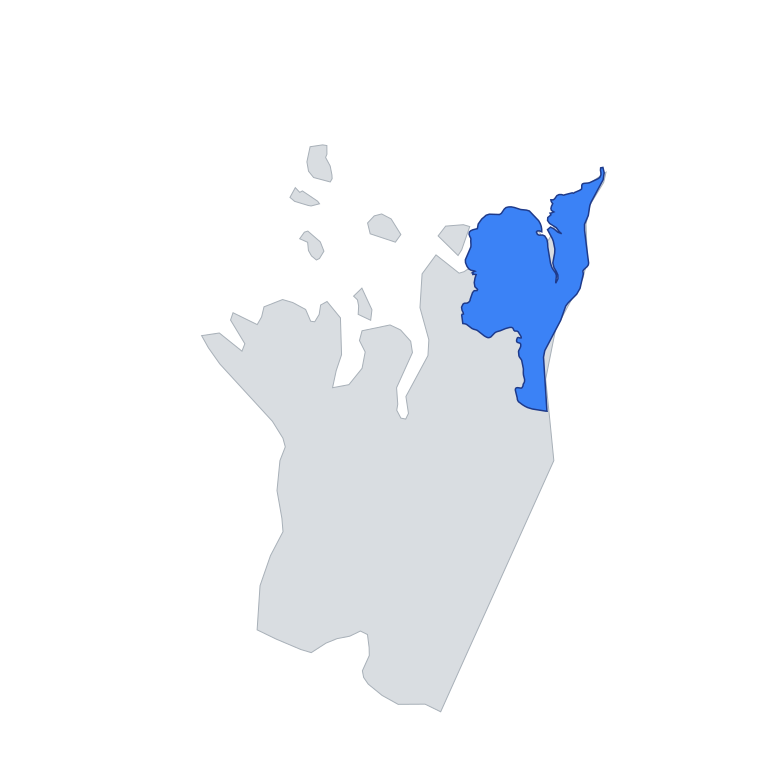 Cacheu highlighted on a map of Guinea-Bissau, rotated 114°
{"feature_id": "GNB-771", "entity_name": "Cacheu", "entity_type": "Region", "adm_level": 1, "iso_a3": "GNB", "parent_name": "Guinea-Bissau", "parent_adm1": "", "projection": "robinson", "projection_center": [-16.012, 12.221], "detail": "fine", "context": "in_parent", "style": "filled", "palette": "blue", "viewbox_px": 768, "rotation_deg": 114, "n_neighbors": 0, "source": "natural_earth", "source_scale": "10m", "svg_char_len": 5085}
<svg xmlns="http://www.w3.org/2000/svg" viewBox="0 0 768 768"><g transform="rotate(114 384 384)"><path d="M100.2,267.3L110.5,265.3L136.0,268.6L155.7,264.5L169.6,257.7L188.6,248.3L206.8,245.3L264.1,249.5L313.8,238.3L350.8,217.1L384.9,197.7L429.1,197.9L476.5,198.1L543.9,198.4L597.4,198.7L660.4,198.9L659.8,216.3L670.9,240.8L669.3,259.0L664.6,276.3L660.4,283.2L654.8,287.1L638.0,287.0L630.8,290.4L619.6,297.2L619.3,305.1L628.3,312.7L635.7,323.3L644.3,331.6L659.0,341.2L660.4,351.9L660.9,378.8L660.2,399.9L618.7,415.2L587.0,417.9L560.0,416.2L548.3,422.6L524.9,438.4L496.3,447.9L481.6,448.6L474.6,454.3L463.5,470.7L432.5,542.1L422.3,559.2L414.0,570.3L404.4,555.2L411.8,527.1L403.8,527.5L388.0,550.2L380.3,550.9L381.3,524.0L372.5,523.1L362.3,525.0L348.1,511.0L346.7,500.5L347.8,485.9L356.5,476.5L355.3,472.6L346.9,471.5L337.6,474.0L331.8,469.6L341.3,450.7L374.5,434.7L391.2,433.1L408.3,429.5L398.9,415.8L378.6,410.4L362.4,414.2L354.3,424.1L344.3,425.7L327.6,402.5L327.9,390.8L334.1,377.0L343.7,370.8L382.3,371.0L396.9,363.2L402.8,361.7L408.3,354.7L407.2,349.9L400.9,349.7L386.5,358.9L340.2,355.4L325.4,361.0L299.6,382.2L267.9,394.0L244.9,389.0L252.2,360.5L248.9,356.6L241.7,352.0L207.9,361.0L182.4,348.0L172.3,332.3L174.0,312.5L186.1,299.2L188.0,292.5L175.2,291.3L151.8,299.6L100.2,267.3ZM212.4,544.8L197.3,548.0L190.5,537.3L189.4,533.2L197.3,529.6L200.8,529.5L206.8,521.8L214.2,516.6L217.5,514.9L221.3,515.3L224.0,532.3L220.3,539.5L212.4,544.8ZM252.4,457.7L243.6,464.5L234.4,461.3L229.6,455.3L230.3,444.6L240.6,429.4L249.8,431.3L252.4,457.7ZM236.5,368.6L226.7,394.8L214.7,391.9L206.2,376.3L205.3,369.7L229.8,367.6L236.5,368.6ZM285.6,511.4L285.6,520.1L277.7,518.5L275.3,515.8L280.1,500.0L287.1,492.9L295.6,494.0L298.2,496.2L296.5,502.3L292.8,507.3L285.6,511.4ZM317.9,442.5L316.1,447.5L305.4,443.2L321.1,425.2L331.2,422.1L330.9,435.9L323.0,438.9L317.9,442.5ZM253.5,539.9L251.8,545.8L240.7,544.9L243.2,538.9L240.8,537.1L244.0,519.0L245.6,516.2L251.0,523.0L251.7,525.7L253.5,539.9Z" fill="#d9dde1" stroke="#a8b0b8" stroke-width="1"/><path d="M288.1,250.7L294.6,249.2L342.0,224.4L342.5,224.0L343.0,225.2L346.5,238.3L347.1,243.2L347.0,246.1L346.6,249.1L345.5,253.9L344.6,255.2L343.6,256.1L342.7,256.5L336.4,261.4L335.3,261.9L334.3,261.9L333.5,261.3L333.0,260.5L332.0,257.0L331.2,256.4L330.1,256.3L329.0,256.3L328.2,256.6L327.6,256.7L326.7,256.7L325.8,256.5L324.3,256.7L322.5,257.5L319.0,260.3L317.1,261.3L313.5,262.8L306.3,267.9L305.4,269.3L304.3,271.2L303.4,272.2L299.7,274.3L298.6,274.5L295.1,274.3L293.7,274.5L292.0,275.3L291.4,276.3L291.5,277.3L291.7,278.4L291.5,279.8L290.8,280.4L289.7,280.8L288.5,280.9L287.6,280.9L286.9,280.4L286.6,278.4L286.0,277.4L285.0,278.0L283.9,279.5L281.7,282.7L281.6,284.1L282.0,285.1L282.4,285.9L282.1,287.2L280.7,288.7L280.4,289.6L280.4,290.5L280.8,291.4L281.3,292.3L283.9,295.5L288.2,299.6L290.1,301.9L290.8,302.6L291.6,303.2L292.5,303.7L297.5,305.5L298.3,306.2L299.0,307.0L299.4,307.9L299.5,309.5L299.3,311.8L297.1,320.6L297.1,321.9L297.3,323.1L297.5,324.5L297.5,326.3L296.0,332.6L296.0,333.9L296.2,334.9L296.7,336.6L289.2,341.2L289.0,341.4L289.1,341.5L287.7,339.9L286.6,340.7L284.9,342.7L282.3,344.4L278.8,344.3L277.6,343.5L276.3,341.0L274.9,339.9L273.2,339.4L272.5,339.4L271.7,339.7L264.5,340.3L262.1,339.6L260.8,337.0L259.5,337.0L258.2,340.5L254.7,342.8L250.4,343.9L246.6,344.3L247.0,345.8L247.3,346.5L247.8,347.4L247.2,347.6L246.8,347.5L246.5,347.8L246.6,348.7L245.0,347.8L244.0,346.8L244.0,347.8L244.7,350.7L244.3,353.4L242.7,356.1L240.0,358.9L237.4,360.2L223.5,360.4L221.6,361.1L217.9,363.0L216.4,363.5L215.4,364.2L214.2,365.7L212.6,367.2L210.5,367.8L208.7,367.1L207.0,365.6L204.1,361.9L199.5,363.0L193.5,361.8L188.2,359.3L186.0,356.8L182.2,347.4L180.4,346.2L175.3,345.3L173.2,344.3L171.6,342.3L170.4,339.7L169.7,336.6L169.0,330.1L167.2,324.6L166.8,321.6L171.9,309.2L173.9,306.5L176.0,304.5L178.4,302.9L180.8,301.8L180.9,304.3L181.8,306.2L183.2,306.6L184.9,304.7L185.0,302.9L183.4,299.7L183.4,297.4L185.6,294.0L188.8,291.8L192.2,290.1L206.0,281.0L209.1,278.2L210.6,276.2L212.7,272.6L214.4,270.9L216.1,270.1L220.2,268.9L222.1,268.1L217.1,267.9L213.7,269.5L211.1,272.4L208.5,276.1L204.7,279.0L195.1,281.3L191.2,282.8L184.7,287.4L182.8,289.3L176.5,297.4L172.9,295.7L173.2,291.7L174.6,286.9L174.5,282.8L173.5,285.9L171.1,290.2L170.0,298.0L168.1,301.1L165.3,302.1L161.6,300.3L160.4,301.8L159.8,300.8L157.7,298.8L157.3,301.7L155.8,302.9L153.5,303.3L150.6,303.2L150.2,304.0L149.1,305.6L147.9,306.5L147.4,305.5L147.1,304.6L146.3,303.9L145.2,303.4L141.6,302.7L139.8,301.2L138.8,299.1L138.4,296.6L137.3,295.5L132.8,289.8L132.7,288.5L131.4,287.7L127.4,283.9L125.6,282.8L124.7,283.0L121.9,284.2L120.5,284.1L119.4,283.0L117.6,279.7L116.6,278.2L109.6,272.1L107.5,270.9L104.7,270.9L102.6,271.9L100.7,273.2L98.4,274.0L97.1,272.1L101.4,268.8L108.3,266.9L133.7,268.8L137.2,268.6L147.0,265.9L156.5,265.8L162.2,263.2L177.2,254.2L190.2,246.3L192.1,245.8L194.2,246.2L198.2,248.0L199.8,248.3L200.6,247.9L201.5,247.2L202.7,246.6L216.9,243.8L223.6,244.5L235.3,248.9L238.9,249.7L253.9,248.5L255.7,248.6L288.1,250.7Z" fill="#3b82f6" stroke="#1e3a8a" stroke-width="1.5"/></g></svg>